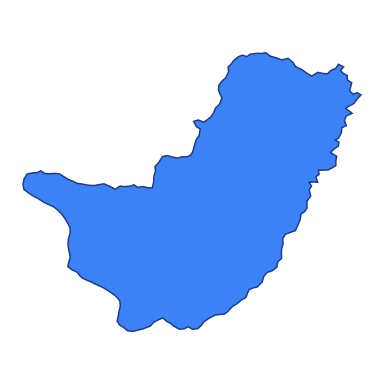 the district of Santa Rosa da Serra, Minas Gerais, Brazil
{"feature_id": "56859067B87351492143193", "entity_name": "Santa Rosa da Serra", "entity_type": "district", "adm_level": 2, "iso_a3": "BRA", "parent_name": "Brazil", "parent_adm1": "Minas Gerais", "projection": "albers", "projection_center": [-46.003, -19.557], "detail": "fine", "context": "isolated", "style": "filled", "palette": "blue", "viewbox_px": 384, "rotation_deg": 0, "n_neighbors": 0, "source": "geoboundaries", "source_scale": "gbopen_adm2", "svg_char_len": 2683}
<svg xmlns="http://www.w3.org/2000/svg" viewBox="0 0 384 384"><path d="M117.2,321.2L119.5,324.9L123.4,327.3L127.6,330.8L133.1,331.3L137.5,330.2L143.7,328.6L150.1,326.2L154.0,322.0L158.6,319.7L162.8,318.0L166.8,321.4L170.3,323.2L173.5,326.0L179.5,329.3L184.2,328.8L188.3,326.7L192.5,329.3L197.8,328.6L201.1,325.6L203.9,321.8L209.3,318.1L215.1,315.1L220.2,314.4L224.3,314.1L227.6,311.7L232.0,306.9L237.4,303.4L241.5,299.9L246.0,297.4L247.5,293.2L249.1,289.6L252.9,288.0L257.4,286.9L262.2,282.0L263.7,276.6L267.0,272.5L272.3,270.7L276.9,267.2L277.7,261.9L281.6,258.3L281.4,253.7L281.6,248.7L283.1,243.7L282.7,238.6L285.6,234.1L290.6,232.3L295.3,230.7L298.0,225.0L300.0,219.9L301.1,213.9L304.6,211.6L307.0,208.1L306.9,201.3L310.7,196.1L309.2,189.9L311.5,185.9L309.2,182.4L313.5,182.0L317.7,182.2L315.8,176.7L319.1,174.5L318.5,170.2L322.9,170.2L328.0,169.9L332.5,167.7L335.8,165.6L335.9,160.4L336.7,156.3L330.5,152.5L334.1,149.0L338.2,146.2L339.0,142.3L335.3,140.1L338.8,137.8L341.4,132.6L341.7,127.8L346.3,125.6L344.4,120.3L346.3,115.9L352.2,113.3L348.9,110.8L345.6,108.4L349.1,106.0L353.9,103.5L357.5,98.6L361.0,94.9L357.3,92.8L352.9,94.0L349.6,91.1L351.7,82.8L347.3,79.9L347.3,75.6L343.4,73.5L340.5,70.5L343.6,66.9L338.4,64.3L335.7,68.5L331.2,70.2L327.4,73.8L323.3,73.5L317.7,72.4L311.7,76.1L306.4,72.9L301.5,69.4L295.6,66.7L293.3,62.8L288.1,58.4L281.7,59.9L275.6,57.6L270.3,56.1L265.8,52.7L261.4,53.5L257.1,53.3L250.1,54.2L246.9,56.6L242.4,55.2L238.2,56.8L234.1,60.1L231.0,64.2L228.1,67.1L228.5,72.0L225.8,77.7L221.4,81.6L218.8,85.5L218.5,89.8L219.8,93.7L221.9,97.8L219.6,104.2L215.6,108.0L213.4,113.2L210.5,117.2L207.3,119.7L203.9,122.2L198.3,120.0L193.7,121.4L196.4,126.8L200.2,128.8L199.1,135.6L196.0,140.0L194.3,145.8L192.7,151.8L190.4,155.3L186.8,156.9L182.2,156.7L177.7,158.1L172.8,157.1L167.4,155.6L162.5,156.5L158.7,162.6L155.0,166.4L155.5,171.3L154.0,175.9L153.6,182.2L152.2,187.9L148.0,187.8L143.1,186.6L137.7,187.3L133.9,184.8L130.2,186.1L124.5,186.6L120.0,186.1L115.3,189.2L109.1,186.0L103.9,183.8L99.2,184.6L94.5,185.5L88.6,185.3L83.0,184.2L77.1,183.3L73.3,181.4L68.6,179.6L63.0,176.1L59.6,173.9L54.9,173.4L50.6,173.7L45.1,173.6L40.8,170.8L37.3,172.6L32.5,172.9L27.0,174.1L24.1,178.9L23.0,184.1L23.9,189.5L28.9,193.2L34.0,196.5L38.4,198.7L43.3,202.0L48.7,204.6L53.2,206.6L57.4,209.6L61.9,214.3L65.3,219.1L67.7,223.2L70.0,227.8L70.1,233.1L68.4,239.0L68.0,243.5L68.5,248.7L69.6,253.6L70.1,257.9L68.8,262.1L67.8,266.5L71.5,269.6L77.1,272.2L79.6,275.5L82.4,278.1L86.9,280.2L90.7,281.7L94.4,283.7L98.8,285.6L103.1,287.6L108.7,291.0L113.5,294.4L117.2,297.4L119.9,301.2L120.3,306.3L119.1,311.0L118.3,315.9L117.2,321.2Z" fill="#3b82f6" stroke="#1e3a8a" stroke-width="1.5"/></svg>